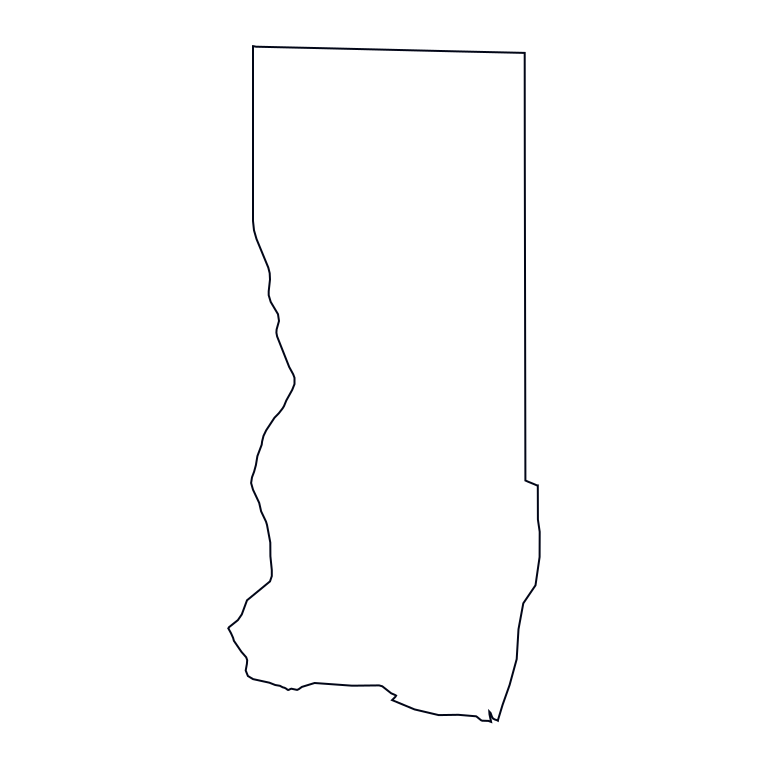 the Municipality of Al Butnan, rotated 180°
{"feature_id": "LBY-2987", "entity_name": "Al Butnan", "entity_type": "Municipality", "adm_level": 1, "iso_a3": "LBY", "parent_name": "Libya", "parent_adm1": "", "projection": "mercator", "projection_center": [24.313, 30.16], "detail": "fine", "context": "isolated", "style": "outline", "palette": "ink", "viewbox_px": 768, "rotation_deg": 180, "n_neighbors": 0, "source": "natural_earth", "source_scale": "10m", "svg_char_len": 1704}
<svg xmlns="http://www.w3.org/2000/svg" viewBox="0 0 768 768"><g transform="rotate(180 384 384)"><path d="M539.0,140.8L530.1,147.9L526.2,153.6L521.0,167.7L498.0,186.6L496.2,191.9L496.2,197.9L497.6,211.8L497.7,225.4L501.0,243.1L502.0,246.4L506.9,256.7L508.8,265.1L515.0,278.3L516.9,285.0L516.0,290.7L513.9,296.3L512.1,302.9L510.6,311.9L506.3,323.3L505.9,326.5L504.5,332.1L501.8,337.7L493.5,350.3L489.2,354.7L485.4,359.6L484.0,361.9L481.7,367.5L475.8,378.1L473.5,383.9L473.5,390.2L474.8,393.7L478.8,401.0L490.9,431.6L491.6,435.3L491.4,438.5L489.0,447.0L490.0,453.8L497.3,466.1L499.3,472.8L499.3,476.7L498.0,488.5L498.3,494.8L499.7,500.4L511.5,529.0L514.0,537.7L515.0,547.0L515.0,567.0L515.0,594.1L515.0,658.5L515.0,721.9L514.9,721.9L513.5,721.6L512.1,721.3L444.9,719.8L377.7,718.2L310.5,716.6L243.3,715.1L243.2,609.2L243.0,502.7L242.8,395.4L242.6,287.5L239.7,286.2L236.7,285.0L233.8,283.8L230.8,282.5L230.7,282.6L230.3,282.6L230.2,282.6L230.1,248.5L228.3,236.2L228.4,211.0L232.5,182.7L244.7,164.7L249.5,138.8L251.3,108.9L258.4,83.0L265.4,63.2L269.9,48.4L270.1,47.3L271.0,47.8L273.2,48.5L275.0,49.5L276.1,51.4L277.4,55.0L278.7,56.4L278.5,53.6L276.9,46.1L279.6,47.1L285.8,47.3L287.0,47.8L291.0,51.1L291.9,51.7L309.7,53.2L329.3,52.9L353.5,58.6L375.9,67.9L372.6,71.2L371.9,72.4L373.1,73.1L376.8,74.7L385.7,81.7L388.9,82.6L415.8,82.3L453.4,85.0L466.1,81.1L469.3,78.8L470.9,78.1L476.7,79.3L477.8,78.9L478.9,78.3L479.9,78.0L481.1,78.7L481.6,79.2L483.4,80.2L485.3,80.7L488.1,82.2L492.8,83.0L498.6,85.3L515.0,88.9L520.1,92.0L522.3,97.5L521.1,104.1L520.8,107.8L521.8,110.7L526.6,116.2L534.1,127.2L534.9,130.1L537.0,134.8L539.7,139.7L539.2,140.2L539.0,140.8Z" fill="none" stroke="#020617" stroke-width="2"/></g></svg>